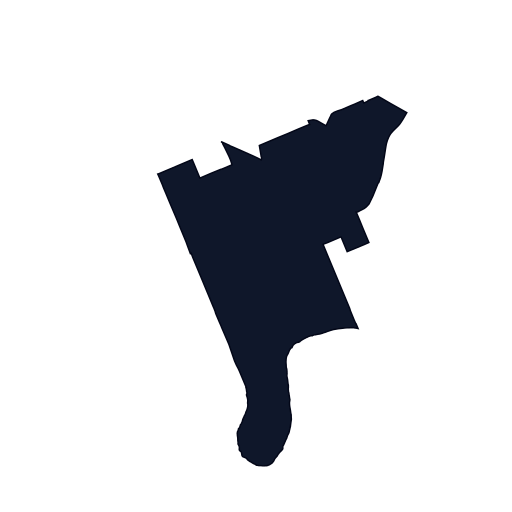 the district of Victoria Park, Western Australia, Australia, rotated 202°
{"feature_id": "25037944B59054376052464", "entity_name": "Victoria Park", "entity_type": "district", "adm_level": 2, "iso_a3": "AUS", "parent_name": "Australia", "parent_adm1": "Western Australia", "projection": "albers", "projection_center": [115.893, -31.976], "detail": "fine", "context": "isolated", "style": "filled", "palette": "ink", "viewbox_px": 512, "rotation_deg": 202, "n_neighbors": 0, "source": "geoboundaries", "source_scale": "gbopen_adm2", "svg_char_len": 5945}
<svg xmlns="http://www.w3.org/2000/svg" viewBox="0 0 512 512"><g transform="rotate(202 256 256)"><path d="M216.0,130.2L215.4,129.4L215.0,128.8L213.8,126.7L213.3,126.1L212.9,125.3L212.9,125.1L212.9,124.0L212.7,123.6L212.6,123.4L212.3,122.9L211.6,122.2L211.3,121.8L210.8,121.1L210.3,120.4L209.7,119.4L209.1,117.9L209.1,117.7L208.9,117.1L208.6,116.3L207.8,115.0L207.2,113.1L206.9,111.2L206.8,110.1L206.8,108.6L206.9,107.4L206.8,106.9L206.7,106.2L206.7,105.0L206.8,104.0L206.9,103.7L206.9,101.6L207.0,101.0L207.0,100.8L207.0,100.6L207.0,100.4L207.0,99.2L206.9,98.8L206.8,98.0L206.8,97.8L206.7,97.3L206.7,97.0L206.7,96.3L206.8,95.6L206.8,94.9L206.8,94.5L206.9,94.2L207.1,93.9L207.2,93.5L207.1,92.8L207.0,92.3L207.0,91.6L206.9,90.7L207.0,90.3L207.3,89.9L207.5,89.5L207.5,89.1L207.4,88.9L207.4,88.7L207.2,87.8L207.3,86.3L207.3,86.0L206.9,84.4L206.7,84.1L205.9,82.4L205.1,81.1L204.4,79.7L203.8,78.3L203.6,78.1L203.6,77.9L202.8,76.5L202.4,75.6L202.4,75.3L202.1,74.8L201.8,74.5L201.6,74.4L201.2,74.1L200.2,73.1L199.9,72.6L199.6,72.0L199.2,70.7L199.1,70.4L198.6,69.7L198.2,69.4L197.8,69.3L197.0,69.1L196.6,69.1L196.4,68.9L196.2,68.7L195.9,68.3L195.1,67.2L194.5,66.1L193.8,65.4L193.4,65.1L193.0,65.0L192.5,65.0L192.1,65.0L191.3,65.0L190.7,65.0L190.1,65.0L189.4,64.9L188.2,64.4L187.6,64.0L187.5,63.9L186.3,63.6L184.7,63.2L183.3,63.1L181.8,62.8L181.1,62.7L180.7,62.6L179.9,62.6L179.6,62.6L178.9,62.6L177.8,62.3L177.2,62.2L177.0,62.3L176.8,62.3L175.5,62.7L174.9,62.7L173.7,63.2L173.0,63.5L171.2,64.0L169.7,64.6L169.5,64.8L169.3,64.8L167.7,65.5L166.5,66.3L166.3,66.7L165.3,67.5L164.9,68.1L164.5,68.8L164.0,69.3L163.9,69.5L163.5,70.2L162.9,72.2L162.8,72.7L162.8,72.9L162.6,75.3L162.0,77.0L161.4,78.7L161.4,79.0L161.3,79.9L161.3,80.2L161.2,80.7L161.0,80.9L160.9,81.6L160.2,83.6L160.0,84.0L159.6,84.8L159.1,86.3L159.0,86.5L159.0,86.9L159.0,87.5L159.7,89.1L159.8,89.8L159.9,90.0L159.6,91.2L159.6,92.3L159.6,93.0L159.5,93.5L159.6,93.8L159.5,95.1L159.5,95.3L159.5,96.8L159.4,97.6L159.3,98.3L159.5,100.9L159.5,101.7L159.5,102.4L159.4,102.7L159.3,104.0L159.3,104.6L159.5,106.1L159.7,107.1L159.8,107.6L159.8,108.0L160.1,109.6L160.2,110.6L161.2,114.3L161.9,117.2L161.9,117.4L162.4,118.6L162.7,119.2L163.0,119.8L163.3,120.5L163.9,121.9L164.3,122.5L165.0,123.5L165.2,123.9L166.1,125.5L168.1,128.7L168.4,129.2L169.1,130.5L169.6,131.6L169.7,131.8L170.1,132.8L170.4,134.1L170.6,134.9L170.8,135.6L171.1,136.0L172.1,137.6L172.7,138.7L173.6,140.1L173.8,140.5L174.0,140.9L174.2,141.3L174.4,141.5L175.0,142.3L175.5,143.1L175.6,143.5L176.0,144.2L176.1,144.4L176.3,144.8L176.8,146.4L176.9,146.6L177.6,148.3L178.5,149.6L180.3,153.0L180.8,153.8L181.6,155.0L181.9,155.4L182.7,156.9L183.1,158.4L183.7,159.7L184.0,160.3L184.0,160.5L185.0,162.4L185.1,162.6L186.3,164.2L186.9,165.5L187.3,166.4L188.1,168.0L188.2,168.3L188.4,168.6L188.7,169.4L188.8,169.7L189.4,171.5L189.5,171.7L189.7,172.6L189.8,173.0L190.0,174.2L190.0,175.5L189.9,176.0L189.7,177.6L189.8,177.9L189.7,178.2L189.7,181.2L189.5,182.4L189.4,182.5L189.4,182.8L189.3,183.5L189.2,183.6L188.6,184.2L188.4,184.4L188.3,185.3L188.3,186.7L188.3,186.9L188.0,187.6L187.9,187.8L187.8,188.1L187.4,188.9L187.2,189.3L186.7,189.8L186.5,190.2L185.7,191.1L185.0,191.5L184.8,191.6L184.1,192.1L183.4,192.8L183.4,193.0L183.1,193.6L182.9,193.9L182.4,194.8L181.2,196.4L180.0,197.9L179.4,198.5L179.3,198.8L179.0,199.1L178.3,199.7L177.3,200.9L176.9,201.3L175.9,202.1L175.2,202.7L174.0,203.1L173.9,203.2L173.5,203.8L173.2,204.1L172.8,204.4L172.7,204.6L172.4,204.8L171.9,205.0L171.1,205.4L170.9,205.6L168.9,206.9L167.8,207.5L166.5,208.5L166.0,208.9L165.6,209.2L164.8,210.0L163.7,210.9L163.5,211.0L162.6,211.8L161.4,213.0L160.5,213.7L159.0,215.0L156.7,216.8L152.3,219.5L149.1,221.2L146.8,222.5L144.6,223.6L144.0,223.8L143.8,223.9L143.1,224.2L142.6,224.4L142.0,224.7L138.4,226.2L137.4,226.3L136.8,226.5L136.3,226.6L136.1,226.7L134.2,227.0L137.9,230.7L138.1,230.6L141.0,233.4L147.8,240.4L149.7,242.7L150.8,243.8L186.6,280.1L186.9,280.5L187.3,280.8L197.9,291.6L198.2,292.0L194.6,295.3L184.9,305.1L184.5,305.4L184.0,305.3L173.1,294.2L160.2,306.9L156.4,310.8L167.4,321.9L173.5,328.2L177.9,332.6L178.7,333.4L179.5,334.1L179.1,334.2L178.3,335.0L177.4,335.8L177.2,336.1L177.1,336.5L176.2,337.4L173.6,340.4L172.4,342.3L171.5,344.4L170.7,346.6L170.1,355.6L170.1,362.5L170.1,369.1L169.7,370.0L169.7,371.0L169.8,371.5L169.8,373.5L169.9,375.3L170.3,378.5L170.9,381.8L172.6,389.2L173.1,390.8L174.2,395.9L176.1,404.0L176.9,407.6L177.2,409.3L177.5,412.4L177.5,413.9L177.5,416.0L177.2,418.7L176.8,420.4L175.7,423.5L174.5,426.3L173.7,428.1L172.9,430.0L172.2,432.0L171.7,434.1L171.0,437.7L169.9,445.4L189.2,447.9L198.8,449.3L202.8,449.8L204.3,448.1L210.1,442.3L210.3,442.2L210.4,441.3L213.3,438.3L214.0,438.8L215.3,440.1L221.6,433.6L224.0,431.3L231.3,423.9L231.9,423.4L234.1,421.6L234.8,421.0L237.4,418.5L238.9,416.2L239.0,415.9L239.2,415.4L239.2,415.0L239.2,413.7L239.4,411.5L239.7,404.8L239.9,403.0L245.3,403.7L248.9,404.2L250.8,404.3L252.2,404.1L253.2,403.9L254.3,403.5L258.3,401.0L255.5,398.0L256.2,397.5L257.4,396.4L262.9,391.0L265.4,388.5L272.5,381.3L280.2,373.8L285.5,368.5L294.3,359.7L289.8,352.4L288.4,350.1L287.9,349.6L287.7,349.4L287.4,348.7L287.3,348.2L287.3,347.5L287.3,347.0L287.8,347.1L291.0,347.4L296.6,347.7L318.0,348.4L321.5,348.4L321.9,348.6L331.2,349.0L329.3,348.3L328.8,347.5L325.5,344.7L318.5,338.4L317.1,337.0L315.6,335.5L313.7,333.2L312.9,332.2L312.5,331.5L320.3,323.7L321.2,323.1L328.8,315.7L337.2,307.2L348.4,318.6L351.3,321.5L359.7,313.1L376.9,295.9L377.8,295.2L376.1,293.6L369.7,287.2L367.3,284.6L363.6,280.9L356.2,273.4L343.5,260.7L337.6,254.6L332.3,249.2L327.2,244.0L326.3,243.1L323.0,239.4L317.7,233.6L317.1,234.3L314.0,230.9L298.4,215.1L281.0,197.4L276.5,192.8L276.0,192.4L273.1,189.3L272.2,188.1L271.4,187.2L269.7,185.5L265.0,180.8L262.5,178.4L261.0,176.8L248.0,163.9L237.3,151.5L236.5,150.6L233.4,147.6L232.1,146.5L230.2,144.9L228.3,143.1L216.6,131.3L215.6,130.4L216.0,130.2Z" fill="#0f172a" stroke="#020617" stroke-width="1.5"/></g></svg>